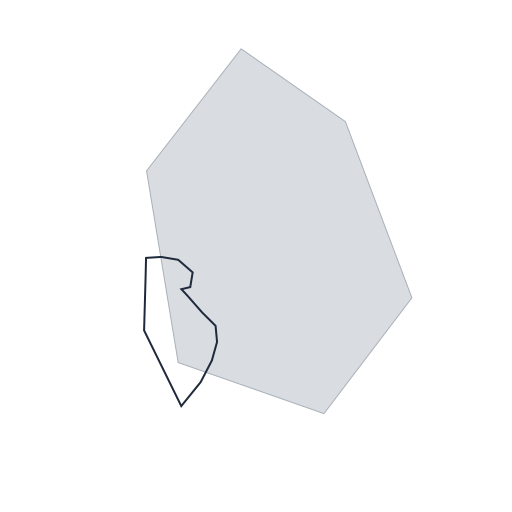 San Marino, with Acquaviva highlighted, rotated 317°
{"feature_id": "SMR-4885", "entity_name": "Acquaviva", "entity_type": "state/province", "adm_level": 1, "iso_a3": "SMR", "parent_name": "San Marino", "parent_adm1": "", "projection": "mercator", "projection_center": [12.411, 43.944], "detail": "fine", "context": "in_parent", "style": "outline", "palette": "slate", "viewbox_px": 512, "rotation_deg": 317, "n_neighbors": 0, "source": "natural_earth", "source_scale": "10m", "svg_char_len": 501}
<svg xmlns="http://www.w3.org/2000/svg" viewBox="0 0 512 512"><g transform="rotate(317 256 256)"><path d="M341.5,392.9L198.2,417.6L126.4,280.9L234.0,119.1L386.4,94.4L413.0,218.7L341.5,392.9Z" fill="#d9dde1" stroke="#a8b0b8" stroke-width="1"/><path d="M99.0,314.8L123.4,234.1L160.9,196.1L174.3,182.4L186.0,192.0L196.5,205.7L198.5,224.8L186.7,233.9L178.8,229.4L178.8,237.6L178.1,260.4L178.8,279.5L168.9,292.3L152.5,302.3L129.5,310.5L99.0,314.8Z" fill="none" stroke="#1e293b" stroke-width="2"/></g></svg>